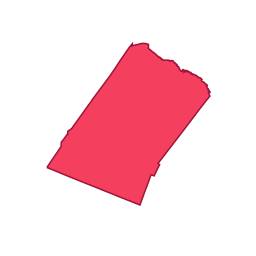 outline of San Isidro, Buenos Aires, Argentina, rotated 336°
{"feature_id": "61730980B51340579014160", "entity_name": "San Isidro", "entity_type": "district", "adm_level": 2, "iso_a3": "ARG", "parent_name": "Argentina", "parent_adm1": "Buenos Aires", "projection": "robinson", "projection_center": [-58.492, -34.488], "detail": "fine", "context": "isolated", "style": "filled", "palette": "rose", "viewbox_px": 256, "rotation_deg": 336, "n_neighbors": 0, "source": "geoboundaries", "source_scale": "gbopen_adm2", "svg_char_len": 4640}
<svg xmlns="http://www.w3.org/2000/svg" viewBox="0 0 256 256"><g transform="rotate(336 128 128)"><path d="M216.9,129.0L216.9,128.8L216.9,128.7L217.1,128.8L217.3,128.8L217.5,128.7L217.4,128.3L217.1,128.3L217.1,128.2L217.3,128.1L217.2,128.0L217.2,127.8L217.0,127.7L216.9,127.6L217.0,127.6L217.2,127.4L217.0,127.2L217.2,126.9L216.8,126.7L216.8,126.3L216.9,126.1L217.0,126.1L217.0,125.7L217.3,125.6L217.3,125.4L217.2,125.3L217.3,125.1L217.0,124.9L216.9,124.7L216.7,124.5L216.6,124.4L216.7,124.1L216.9,124.1L216.8,123.8L216.7,123.6L216.7,122.9L216.7,122.4L216.6,122.2L217.0,122.1L217.1,121.9L217.3,121.8L217.7,121.5L217.8,121.4L217.7,121.2L217.4,121.0L217.6,120.7L217.6,120.4L217.6,120.2L217.4,120.0L217.3,119.9L216.9,119.7L216.8,119.8L216.7,119.8L216.7,119.6L216.6,119.2L216.4,118.3L216.4,118.0L216.3,117.9L216.4,117.6L216.1,117.2L215.8,116.8L215.6,116.7L215.4,116.4L215.2,116.3L215.1,116.1L215.0,115.9L214.8,115.8L214.7,115.6L214.6,115.0L214.5,114.5L214.4,114.4L214.5,114.1L214.7,113.8L215.2,113.5L215.3,113.5L215.2,113.2L214.9,112.7L214.8,112.4L214.3,111.5L214.2,111.4L213.7,111.0L213.4,110.9L213.2,110.9L212.9,110.5L213.0,110.2L212.9,110.1L212.7,109.7L212.4,109.6L212.4,109.4L212.4,109.2L212.2,108.6L211.9,108.5L211.9,108.4L212.0,108.3L212.0,108.2L211.8,108.0L211.9,107.9L211.7,107.7L211.4,107.7L211.1,107.2L211.0,106.9L210.8,106.8L210.7,106.7L210.2,106.4L210.1,106.2L210.0,105.8L209.8,105.7L209.6,105.6L209.4,105.6L209.2,105.6L209.4,105.3L209.4,105.2L209.1,105.0L208.8,104.7L208.7,104.6L208.4,104.5L208.1,104.5L207.9,104.4L208.1,104.3L208.2,104.1L208.0,103.9L208.1,103.7L208.1,103.3L207.8,103.4L207.7,103.3L207.6,103.2L207.7,102.9L207.4,102.8L207.4,102.6L207.5,102.6L207.2,102.1L206.7,102.0L206.6,101.8L206.6,101.6L206.2,101.6L206.0,101.4L206.4,101.4L206.5,101.3L206.5,101.2L206.4,101.0L206.3,100.9L206.3,101.0L206.1,101.0L206.0,100.6L205.8,100.3L205.5,100.2L205.4,100.2L205.2,99.5L204.8,99.3L204.5,99.4L204.5,99.5L204.3,99.6L203.9,100.0L203.7,100.2L203.3,100.0L203.5,99.4L203.6,99.1L203.6,98.8L203.3,98.9L203.2,98.9L203.0,99.3L202.9,99.5L202.9,99.1L202.9,98.9L202.9,98.7L202.7,98.8L202.4,99.2L202.1,99.6L201.9,99.7L202.0,99.4L202.0,99.1L202.6,97.8L202.5,97.5L202.3,97.4L202.3,97.2L202.1,97.1L201.8,97.2L201.7,97.2L201.4,97.1L201.2,97.1L201.0,97.3L200.8,97.5L200.5,97.6L200.2,97.9L200.2,98.2L199.8,98.0L199.7,98.0L199.5,97.7L199.4,97.3L199.3,97.1L199.2,96.9L199.2,96.5L199.1,96.2L199.1,95.6L199.1,95.3L199.1,95.2L198.9,95.0L198.8,94.9L198.9,94.7L199.2,94.2L199.2,93.8L199.1,93.6L199.0,93.3L199.0,93.2L198.8,92.9L198.8,92.7L199.0,92.6L198.9,92.3L198.7,92.2L198.4,91.9L198.5,91.7L198.5,91.4L198.3,91.4L198.1,91.2L198.3,91.0L198.4,90.8L198.5,90.6L198.5,90.3L198.5,90.1L198.4,89.9L198.0,89.6L197.9,89.7L197.9,89.4L198.1,89.2L198.0,88.9L197.8,88.7L197.6,88.6L197.6,88.4L197.4,88.2L197.5,88.0L197.5,87.8L197.5,87.7L197.4,87.4L197.1,87.3L196.8,87.1L196.7,86.2L196.6,85.6L196.6,85.1L196.5,84.9L196.1,84.6L195.7,84.5L195.3,84.3L195.2,84.1L194.6,84.1L194.3,83.9L194.1,83.9L193.8,84.0L193.8,83.9L193.7,83.8L193.2,83.7L193.3,83.3L193.3,83.1L192.9,82.7L192.2,82.3L191.6,82.1L191.3,81.9L191.1,81.7L190.9,81.7L190.2,81.4L189.6,81.1L189.4,81.1L189.2,80.8L189.0,80.7L188.6,80.6L188.2,80.7L187.6,80.2L187.4,80.0L187.3,79.8L187.3,79.6L187.4,79.4L187.3,79.1L187.1,78.9L186.9,78.9L186.8,79.0L186.5,78.9L186.6,78.6L186.6,78.4L186.6,78.0L186.4,77.8L186.2,77.6L186.1,77.3L186.3,77.2L186.2,76.9L185.9,76.7L185.9,76.4L185.8,76.2L185.7,76.2L185.3,75.9L185.0,76.0L185.0,75.9L185.0,75.6L184.9,75.2L184.6,75.1L184.6,74.9L184.5,74.7L184.1,73.9L184.1,73.6L184.0,73.3L183.7,73.2L183.7,72.9L183.6,72.7L183.6,72.4L183.5,72.2L183.2,71.4L182.8,71.1L182.6,70.8L182.5,70.6L182.5,70.1L182.3,69.8L182.1,69.4L182.0,69.2L181.7,69.1L181.6,68.9L181.6,68.6L181.2,67.9L180.8,67.6L180.8,67.1L180.7,66.9L180.3,66.6L180.2,66.3L180.2,66.1L180.3,66.0L180.3,65.8L180.0,65.5L179.7,64.8L179.4,64.7L179.1,63.9L179.1,63.5L180.5,60.5L180.7,60.0L180.7,59.9L180.3,59.9L179.1,58.5L178.4,57.9L178.2,57.9L177.3,57.4L175.5,56.5L175.0,56.3L174.2,56.2L172.8,55.9L172.3,55.9L171.9,55.8L171.1,55.7L169.1,55.2L168.1,55.1L166.8,54.7L166.1,54.6L165.2,54.7L166.2,52.8L161.7,55.0L146.5,64.3L141.5,67.6L135.6,71.2L133.6,72.5L117.5,81.6L106.1,88.0L105.8,88.4L103.4,89.8L102.9,90.0L76.1,105.7L71.6,106.5L70.3,109.3L70.0,109.0L64.3,112.3L61.4,113.7L59.2,117.8L38.7,130.5L38.5,130.9L38.2,131.5L44.3,137.8L54.7,148.8L85.3,180.3L92.2,187.5L107.6,203.2L117.9,192.5L123.2,187.2L130.0,180.1L132.4,182.4L137.7,177.8L139.8,176.1L142.0,174.4L141.0,172.6L152.6,166.3L164.1,160.1L178.5,152.3L200.8,140.0L210.8,134.7L215.8,132.2L215.7,131.3L215.7,128.9L216.9,129.0Z" fill="#f43f5e" stroke="#9f1239" stroke-width="1.5"/></g></svg>